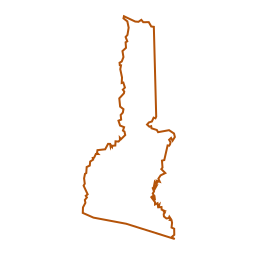 Esparta, Atlántida, Honduras (Natural Earth projection), rotated 179°
{"feature_id": "27666195B38540325718950", "entity_name": "Esparta", "entity_type": "district", "adm_level": 2, "iso_a3": "HND", "parent_name": "Honduras", "parent_adm1": "Atlántida", "projection": "natural_earth1", "projection_center": [-87.238, 15.629], "detail": "medium", "context": "isolated", "style": "outline", "palette": "amber", "viewbox_px": 256, "rotation_deg": 179, "n_neighbors": 0, "source": "geoboundaries", "source_scale": "gbopen_adm2", "svg_char_len": 1852}
<svg xmlns="http://www.w3.org/2000/svg" viewBox="0 0 256 256"><g transform="rotate(179 128 128)"><path d="M130.1,239.8L130.6,237.7L126.8,234.6L125.6,228.3L126.9,221.1L128.8,219.0L127.2,214.7L128.9,213.7L128.6,208.2L132.2,205.0L131.3,199.0L133.1,194.6L135.3,193.4L135.1,191.0L133.9,190.8L134.7,186.9L133.1,178.6L133.5,173.1L131.9,173.5L130.4,168.5L132.5,166.4L131.1,164.5L131.5,162.7L136.2,157.8L135.5,149.5L132.2,146.9L132.9,143.5L135.1,141.1L134.7,136.5L137.4,135.5L135.9,130.6L131.9,128.9L133.1,125.5L131.6,124.5L130.9,121.0L135.1,117.0L136.3,118.4L136.2,116.2L137.7,114.6L140.7,114.9L141.0,110.7L144.0,110.5L144.2,109.4L145.2,110.9L145.7,109.5L146.2,112.4L148.2,112.5L151.2,107.1L158.9,106.4L159.4,103.8L158.2,102.5L160.6,102.6L162.4,98.9L163.8,98.7L163.4,97.0L166.4,95.1L166.9,91.1L170.0,89.7L170.5,83.7L171.8,82.9L172.8,78.4L172.2,73.1L173.4,71.1L169.5,62.4L171.4,60.9L170.3,59.3L172.4,56.8L171.9,53.9L174.4,49.4L174.7,43.9L164.1,39.0L131.5,32.3L83.2,16.2L86.4,18.0L83.6,20.4L83.6,26.5L86.2,27.7L85.6,32.4L86.1,35.1L87.6,35.3L86.8,36.4L88.2,38.6L88.8,37.2L91.2,36.9L93.6,38.9L93.8,41.3L92.7,42.7L93.5,43.5L92.5,44.3L95.8,45.8L95.9,48.4L98.7,48.2L98.1,50.7L99.4,49.4L99.8,52.3L102.3,51.1L102.3,53.4L104.9,57.0L102.4,56.4L102.7,59.1L106.4,58.2L103.3,60.2L104.4,62.1L103.1,64.1L104.3,67.5L102.8,68.6L102.4,66.4L100.2,70.2L102.9,70.1L102.1,73.8L100.6,71.9L99.6,72.9L100.1,74.7L97.2,73.7L98.5,76.8L96.2,80.1L91.5,82.3L95.4,86.3L94.2,87.8L94.6,94.8L92.3,95.3L88.7,109.9L87.1,109.6L86.2,111.1L85.7,113.0L87.1,115.5L85.1,117.3L83.7,114.5L81.3,118.2L82.1,121.7L87.0,125.1L98.0,123.3L99.2,125.5L104.5,127.3L104.8,129.4L106.6,128.9L108.9,131.1L107.0,133.2L104.0,134.1L102.2,137.9L100.4,137.2L99.6,138.9L100.4,228.7L103.0,229.1L105.4,233.5L110.9,233.5L112.8,235.9L115.7,234.0L118.9,234.3L130.1,239.8Z" fill="none" stroke="#b45309" stroke-width="2"/></g></svg>